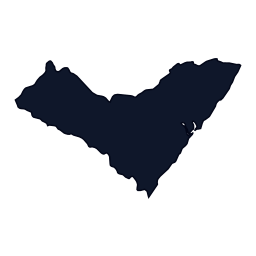 SVG path tracing the border of Alagoas
{"feature_id": "BRA-623", "entity_name": "Alagoas", "entity_type": "State", "adm_level": 1, "iso_a3": "BRA", "parent_name": "Brazil", "parent_adm1": "", "projection": "robinson", "projection_center": [-36.639, -9.667], "detail": "fine", "context": "isolated", "style": "filled", "palette": "ink", "viewbox_px": 256, "rotation_deg": 0, "n_neighbors": 0, "source": "natural_earth", "source_scale": "10m", "svg_char_len": 3574}
<svg xmlns="http://www.w3.org/2000/svg" viewBox="0 0 256 256"><path d="M240.6,65.5L237.7,71.9L234.5,76.6L232.4,82.1L230.3,85.4L229.2,88.7L222.8,98.0L221.2,99.5L221.2,98.9L219.5,99.9L217.7,101.4L216.3,103.2L215.7,104.9L215.4,106.2L209.6,116.0L208.9,116.8L205.4,119.4L203.4,120.5L202.2,123.1L200.6,128.5L199.7,128.6L198.9,128.9L197.2,129.0L196.5,129.3L195.9,129.6L194.6,130.7L195.7,128.7L196.8,127.4L197.0,125.9L195.6,123.3L195.0,122.4L194.1,121.5L193.1,121.1L192.2,122.2L192.3,122.8L193.4,124.8L193.6,125.9L193.6,128.1L193.4,129.0L192.9,129.4L192.4,129.6L189.2,133.3L188.8,133.6L188.1,132.2L187.4,130.5L187.4,129.6L185.1,125.6L185.4,124.5L184.3,123.1L182.7,122.4L181.2,123.3L182.0,124.7L184.1,126.2L185.1,127.3L185.6,128.3L187.3,134.8L187.7,135.3L188.6,135.7L188.9,135.3L188.9,134.6L189.2,134.1L191.6,133.7L192.6,133.3L193.1,132.4L192.3,134.4L188.5,138.5L187.0,143.6L185.5,145.5L182.1,148.4L180.4,152.8L179.9,153.5L179.0,154.0L178.3,155.2L175.8,160.9L174.8,162.1L171.9,163.3L168.1,168.8L160.1,176.2L158.0,178.8L157.4,180.2L157.1,182.2L157.2,183.2L157.3,183.7L157.4,184.1L157.1,184.8L148.7,197.2L148.2,195.5L147.3,191.7L146.9,191.0L145.3,189.7L144.7,189.3L140.4,190.4L137.9,190.4L137.1,189.6L137.2,187.9L137.7,184.8L137.3,183.1L136.7,181.4L135.8,180.0L133.2,176.6L132.2,176.3L130.7,176.8L129.4,178.3L129.0,178.5L128.3,178.3L125.6,177.0L123.6,175.1L122.7,174.5L119.9,173.9L118.4,173.3L117.7,172.5L117.3,171.1L116.4,169.4L115.2,168.0L114.2,167.1L111.5,166.2L110.5,165.4L110.2,164.0L109.7,156.8L109.2,155.4L108.1,153.8L106.7,152.8L105.4,153.2L103.9,154.0L102.4,153.6L101.1,152.7L96.9,148.5L94.9,147.4L92.2,146.7L91.4,146.8L90.6,147.0L89.8,147.0L88.9,146.4L88.5,145.7L87.9,144.3L87.4,143.5L83.8,139.4L82.2,138.1L79.4,136.7L73.6,135.0L71.2,133.6L69.5,134.2L67.7,134.1L65.8,133.6L64.2,133.0L60.3,130.0L58.2,129.0L56.2,126.2L54.4,125.6L49.4,125.0L47.7,125.6L46.8,123.3L44.6,122.0L42.3,120.9L41.2,119.7L40.2,118.8L33.6,117.1L32.7,116.3L32.1,115.2L31.8,113.8L31.6,112.3L31.0,111.9L27.2,110.3L26.1,109.6L25.0,109.0L23.7,108.7L21.1,108.5L20.2,108.3L19.4,108.0L18.7,107.4L18.1,106.9L18.0,106.6L17.9,106.2L17.6,105.2L15.4,100.0L18.8,97.5L21.4,94.8L23.0,91.5L24.2,89.6L25.1,88.6L25.9,88.0L28.7,87.1L32.8,85.8L34.8,84.5L37.4,80.3L40.0,77.3L42.7,75.3L44.7,73.3L45.6,72.0L46.1,70.8L46.1,69.9L46.0,68.6L46.0,67.7L46.4,65.5L46.4,64.6L46.5,63.9L47.0,63.1L49.2,61.3L50.2,61.0L50.8,61.2L52.3,62.9L52.6,63.6L52.8,64.2L53.2,64.9L54.5,66.7L54.7,67.5L54.8,68.4L55.0,69.3L55.3,70.0L55.7,70.8L56.5,71.4L57.4,71.7L58.7,71.7L59.7,71.2L62.7,68.7L63.7,68.2L64.6,67.9L66.3,67.8L67.6,68.0L68.9,69.9L69.7,71.7L70.3,72.5L71.0,73.1L72.8,73.6L73.6,74.0L76.8,76.2L92.2,92.7L96.3,95.1L97.2,95.5L101.8,96.3L103.7,96.9L105.6,98.1L108.1,101.0L108.8,101.7L110.0,102.2L112.6,96.8L114.4,95.1L116.1,94.7L117.8,94.5L130.8,95.8L131.7,96.0L132.5,96.2L134.3,97.1L135.4,97.3L136.2,96.9L137.0,96.3L137.6,95.5L139.2,94.3L141.7,93.0L144.3,91.0L145.5,90.3L146.5,90.0L153.2,89.3L159.2,84.4L159.5,83.3L160.2,81.7L160.5,80.5L161.1,79.8L169.6,73.9L170.1,73.2L170.4,72.8L170.3,72.5L170.2,72.0L169.9,71.4L169.6,70.8L169.7,70.1L170.2,69.7L171.9,68.9L173.4,67.1L177.4,63.9L178.1,63.7L178.8,63.6L179.7,64.7L180.5,65.0L181.5,64.6L185.0,62.9L187.0,62.3L190.5,62.2L192.1,61.8L193.0,61.9L193.3,62.4L193.2,63.0L193.4,63.7L194.1,64.3L195.5,64.7L197.4,65.7L198.8,66.0L199.7,65.9L200.5,65.5L205.6,62.0L206.9,61.3L214.2,59.0L215.9,58.8L217.0,58.9L217.1,59.3L217.2,59.8L217.3,60.3L217.7,60.8L218.4,61.2L220.9,62.0L222.9,63.0L229.4,63.1L236.6,64.6L238.8,64.5L239.5,64.6L240.6,65.4L240.6,65.5Z" fill="#0f172a" stroke="#020617" stroke-width="1.5"/></svg>